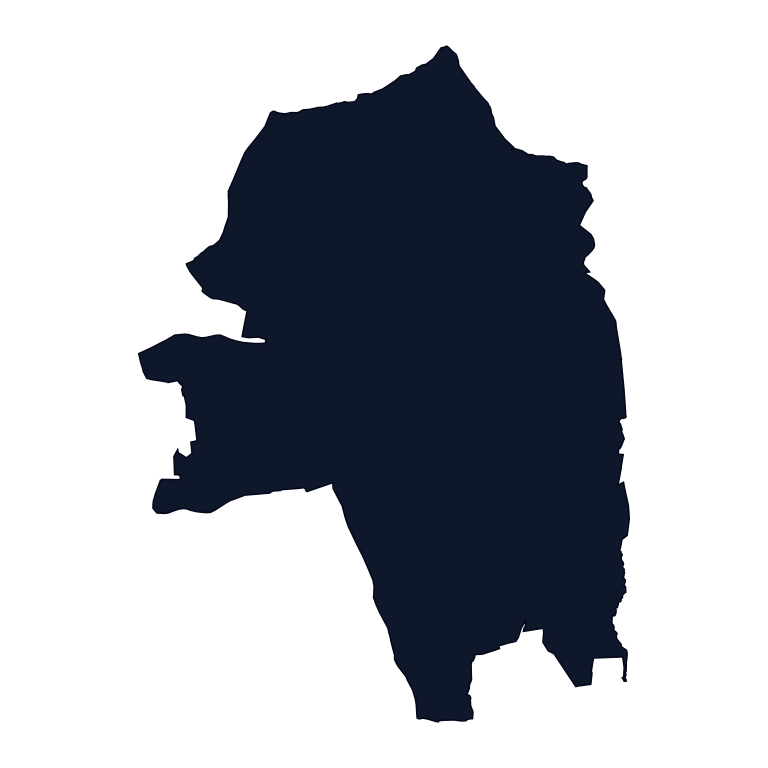 the district of Voila, Brasov, Romania
{"feature_id": "2599482B13078719041336", "entity_name": "Voila", "entity_type": "district", "adm_level": 2, "iso_a3": "ROU", "parent_name": "Romania", "parent_adm1": "Brasov", "projection": "albers", "projection_center": [24.863, 45.81], "detail": "fine", "context": "isolated", "style": "filled", "palette": "ink", "viewbox_px": 768, "rotation_deg": 0, "n_neighbors": 0, "source": "geoboundaries", "source_scale": "gbopen_adm2", "svg_char_len": 6100}
<svg xmlns="http://www.w3.org/2000/svg" viewBox="0 0 768 768"><path d="M578.3,686.0L590.8,684.3L592.0,673.0L591.3,671.6L592.8,661.6L593.7,658.0L622.7,656.9L624.0,665.9L624.2,669.7L623.9,670.6L624.0,672.4L623.5,677.0L624.2,677.0L624.3,677.3L623.8,677.9L622.4,677.8L624.2,681.3L626.1,681.2L626.1,679.8L624.9,677.8L625.1,676.9L625.6,676.1L625.9,674.5L625.3,672.7L626.0,671.7L626.2,669.0L626.3,662.0L627.0,657.1L627.1,652.5L626.4,650.1L621.5,646.9L621.1,644.3L617.1,639.4L616.4,636.9L616.3,635.3L616.9,634.4L616.9,633.2L615.4,631.5L613.9,630.6L613.7,629.7L614.0,627.1L613.6,625.5L611.8,623.3L612.3,615.9L612.7,615.4L614.1,615.9L615.0,615.4L615.1,614.9L615.8,613.3L616.1,611.7L616.1,610.0L615.7,608.8L615.7,608.3L616.1,607.6L617.2,607.6L617.5,606.9L617.7,605.8L618.3,604.3L618.2,602.3L618.9,601.9L620.1,601.9L620.7,601.4L621.0,600.6L621.3,598.5L622.3,597.7L622.6,596.9L622.4,595.3L622.8,594.7L623.9,593.8L624.5,592.9L625.8,592.3L625.6,591.0L625.8,590.0L625.6,588.9L625.5,586.6L623.8,585.5L623.6,584.8L624.4,584.4L625.4,580.8L625.3,580.1L623.6,578.0L623.4,577.3L623.6,576.6L624.0,575.7L624.0,574.4L624.5,573.1L624.4,572.1L623.9,571.0L624.2,570.2L624.2,569.5L623.5,568.2L622.5,567.4L622.4,566.7L622.4,566.3L623.3,565.1L623.5,563.7L622.9,562.1L622.0,561.1L621.3,559.2L621.2,557.4L622.1,554.9L622.0,554.2L621.1,553.1L620.7,551.5L619.5,549.7L619.8,548.9L620.6,547.9L620.5,546.2L620.7,545.4L621.2,544.7L621.3,542.4L621.7,541.4L621.7,539.6L627.2,535.4L629.3,518.7L628.4,505.8L624.4,487.1L623.5,482.2L618.0,485.1L621.3,467.6L621.3,466.3L623.2,454.6L618.3,454.2L618.6,449.3L619.8,448.6L620.9,446.8L621.9,444.8L623.4,440.5L624.1,439.3L624.1,438.3L623.0,435.5L622.8,434.3L622.2,433.6L621.6,431.2L622.1,429.2L621.0,426.5L620.7,424.7L619.0,422.2L619.4,420.0L621.3,418.5L625.0,417.9L626.1,416.7L625.6,414.3L625.5,411.1L624.0,389.7L621.3,361.6L621.5,358.8L621.3,358.0L620.9,357.7L620.5,353.1L616.3,327.8L615.7,321.6L615.2,320.2L606.3,305.0L603.4,299.4L604.7,290.3L604.5,290.0L598.3,282.7L595.4,280.3L584.2,272.7L589.7,271.9L583.8,265.3L583.2,262.9L585.2,256.8L587.1,255.5L592.1,250.3L593.7,247.9L594.2,246.7L594.5,245.1L593.6,239.7L593.1,238.2L592.4,237.2L591.0,234.6L579.3,225.3L585.5,211.6L593.1,200.6L591.5,197.7L590.9,194.8L590.2,193.4L587.5,189.9L586.3,187.9L584.4,187.5L583.0,186.0L581.7,183.5L582.3,181.3L582.9,180.6L585.3,179.3L586.6,177.9L586.9,177.0L586.8,173.9L586.9,167.3L587.1,166.1L586.6,165.7L580.9,164.3L579.0,163.1L575.9,162.8L568.0,163.6L566.3,164.4L563.9,162.5L561.2,161.9L556.8,160.3L556.0,159.7L553.7,157.3L553.2,157.0L548.3,156.2L546.9,156.6L543.9,156.1L536.5,156.1L534.3,155.6L532.2,154.6L528.3,154.6L522.1,150.8L515.3,148.8L512.0,149.0L513.7,147.5L504.7,139.0L495.0,126.1L493.4,117.6L491.6,113.9L490.6,108.7L489.6,106.3L488.6,105.2L488.2,103.8L487.3,102.5L483.5,98.5L475.1,88.5L474.0,86.6L470.7,82.8L459.3,66.4L458.6,63.9L458.3,60.8L456.3,54.6L451.9,50.9L448.8,47.5L446.6,46.1L444.2,47.2L441.0,47.9L434.1,57.9L432.9,59.1L426.0,64.3L421.8,65.2L416.6,68.1L415.8,70.4L415.3,71.2L414.2,72.0L409.2,74.7L405.8,74.9L400.5,76.1L395.0,80.9L382.9,88.9L373.9,92.5L371.7,94.1L366.7,93.7L361.9,94.1L358.3,94.9L357.6,98.5L355.8,100.7L354.8,101.5L353.5,101.9L348.7,102.4L345.6,102.1L344.5,101.6L341.4,102.9L339.9,103.0L338.2,103.6L336.9,103.1L327.5,106.3L323.0,107.3L318.8,107.4L310.0,109.3L302.6,110.0L299.6,111.9L296.9,112.7L291.0,112.6L285.5,113.8L283.3,113.7L278.5,113.0L276.4,112.3L274.6,111.4L273.5,111.3L272.5,111.5L270.3,113.2L265.0,126.5L255.0,139.6L248.0,148.2L245.1,152.3L241.7,159.8L232.7,181.4L228.4,191.1L228.4,197.3L228.7,200.9L228.5,217.0L224.9,227.3L223.4,232.5L220.2,239.3L219.4,240.6L213.5,245.6L209.6,246.6L207.5,248.1L203.0,252.2L200.9,253.4L198.1,256.3L194.4,258.6L194.4,259.2L194.5,259.8L194.4,260.3L191.4,261.8L186.4,263.8L186.4,264.3L186.8,265.5L189.3,270.2L191.4,273.4L202.6,287.6L202.8,288.5L202.7,289.6L202.1,290.4L202.1,290.9L202.6,291.7L204.9,293.6L210.2,297.3L212.6,298.5L218.7,299.0L237.3,304.1L240.1,306.2L243.4,309.3L247.1,310.7L242.1,336.5L248.3,337.6L258.7,337.1L266.0,339.5L265.2,343.3L255.7,343.6L243.6,342.6L236.9,341.2L230.0,339.2L220.4,335.1L215.7,335.3L206.3,337.4L202.2,337.9L197.1,337.0L188.9,334.7L185.2,334.2L174.8,335.1L166.2,340.1L149.9,348.5L138.7,353.6L140.7,362.4L142.5,368.0L143.3,371.6L146.7,378.3L151.5,379.5L167.9,382.1L168.0,382.5L177.6,380.6L179.5,383.1L182.9,386.6L181.7,389.5L183.0,395.7L184.2,395.4L186.4,405.4L186.3,417.4L194.4,420.4L195.3,425.4L197.0,440.8L190.9,442.1L192.0,453.4L186.4,457.8L178.0,452.5L177.9,450.3L177.7,449.5L173.9,456.5L174.6,474.7L178.9,474.7L179.0,475.4L180.2,475.4L180.3,479.7L161.6,479.4L161.0,480.2L160.4,480.4L155.4,493.9L153.3,501.4L153.0,505.4L153.0,508.3L156.9,513.0L164.5,513.4L168.1,513.0L172.7,511.2L178.6,509.2L183.4,508.5L186.8,508.8L190.6,510.3L196.8,511.7L203.1,512.4L207.4,512.6L210.8,512.3L213.4,510.7L213.9,510.8L226.4,502.7L229.9,500.7L243.5,495.7L244.1,495.2L269.4,493.1L272.6,491.1L280.8,490.4L281.0,489.9L282.1,489.6L298.3,488.4L303.9,487.7L305.7,489.3L306.1,491.0L306.9,491.6L332.7,482.7L333.2,488.6L337.4,496.9L342.2,505.8L345.3,517.7L348.3,526.5L356.7,544.2L362.7,556.0L367.3,566.4L373.0,580.1L374.1,586.3L373.9,593.3L373.5,597.4L376.2,604.9L379.4,612.0L385.5,623.5L387.8,627.9L388.3,629.5L388.8,632.2L390.2,637.1L391.2,642.2L394.6,655.3L394.5,659.1L395.6,661.8L398.0,666.2L405.9,676.5L407.6,680.4L412.3,689.3L413.2,691.7L415.3,698.8L415.8,701.7L416.3,705.2L417.1,718.0L418.8,718.8L419.9,718.8L422.5,718.2L423.3,718.2L427.9,719.1L436.0,721.5L438.4,721.9L439.1,720.6L445.0,720.2L454.3,720.0L459.9,720.8L463.9,720.9L465.8,720.7L467.2,719.7L469.1,718.9L472.5,718.7L473.0,712.1L470.6,705.6L470.3,699.6L470.8,698.2L469.8,695.8L468.1,694.9L467.0,693.5L467.9,692.0L469.3,688.3L469.4,685.1L471.5,679.8L471.1,665.4L471.5,662.2L473.5,660.2L474.7,656.8L475.1,654.5L482.2,654.2L488.9,652.1L499.5,648.6L498.6,645.9L508.6,643.0L515.8,641.4L517.8,638.2L518.5,636.8L520.9,629.2L521.7,627.3L524.3,622.7L525.7,621.0L525.5,622.4L525.5,624.8L524.8,627.1L524.1,627.8L523.4,631.4L543.2,628.2L543.7,632.0L542.9,642.3L548.3,650.9L554.0,653.7L575.8,686.6L578.3,686.0Z" fill="#0f172a" stroke="#020617" stroke-width="1.5"/></svg>